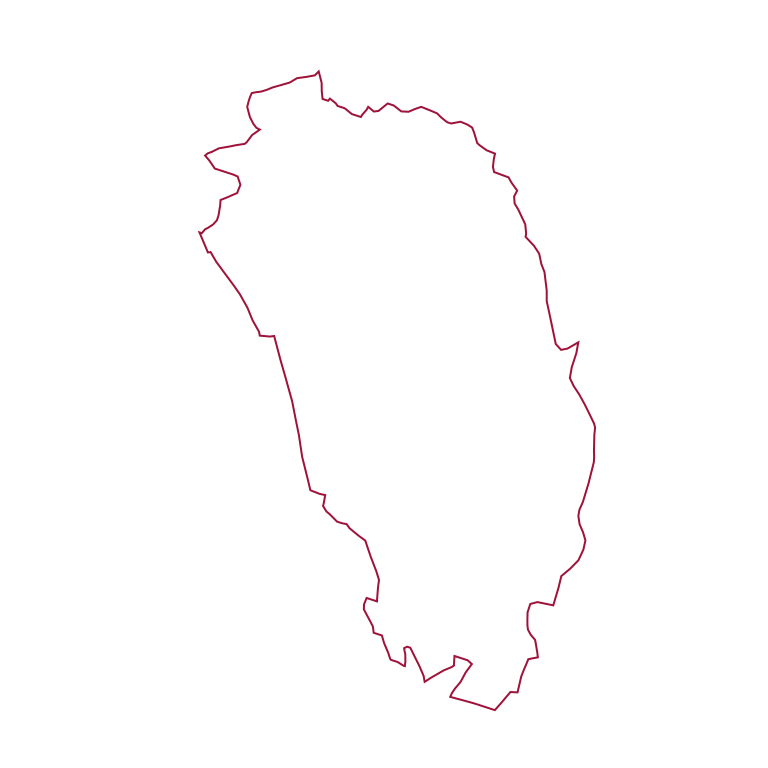 the district of Sharbazher, As-Sulaymaniyah, Iraq, rotated 18°
{"feature_id": "34846034B48461077478738", "entity_name": "Sharbazher", "entity_type": "district", "adm_level": 2, "iso_a3": "IRQ", "parent_name": "Iraq", "parent_adm1": "As-Sulaymaniyah", "projection": "mercator", "projection_center": [45.575, 35.704], "detail": "fine", "context": "isolated", "style": "outline", "palette": "rose", "viewbox_px": 768, "rotation_deg": 18, "n_neighbors": 0, "source": "geoboundaries", "source_scale": "gbopen_adm2", "svg_char_len": 3117}
<svg xmlns="http://www.w3.org/2000/svg" viewBox="0 0 768 768"><g transform="rotate(18 384 384)"><path d="M514.7,654.7L519.5,648.8L529.4,637.8L535.6,632.5L537.5,630.2L535.1,620.9L544.1,620.9L548.9,620.9L554.1,623.2L550.8,633.1L548.9,643.6L545.6,651.8L544.1,657.0L543.7,661.1L555.1,660.5L568.3,659.9L581.2,659.9L590.2,659.9L594.0,651.2L599.4,637.9L606.3,636.0L604.9,619.7L605.4,611.6L605.8,607.5L606.3,601.1L614.8,596.4L612.9,592.3L608.7,584.2L606.8,580.7L601.1,577.2L596.8,573.1L594.9,569.0L593.0,563.2L591.1,556.8L591.1,548.0L597.3,544.0L613.4,542.2L612.9,523.6L612.0,511.9L618.2,502.0L623.4,491.5L624.8,479.8L623.9,470.5L619.1,463.5L613.4,457.0L609.6,449.4L608.7,443.0L609.6,434.8L609.2,415.0L608.9,410.9L608.2,400.4L607.7,393.4L606.3,388.1L604.4,382.9L599.7,367.1L598.2,360.1L595.9,356.6L586.9,347.2L581.2,341.4L573.1,333.8L565.0,327.3L558.9,320.9L557.9,313.5L557.4,310.4L557.4,301.0L557.4,295.2L555.9,284.3L547.7,293.5L541.9,296.8L535.0,292.9L521.1,268.6L513.1,254.8L509.9,244.9L502.0,227.9L496.6,221.3L491.3,212.1L483.9,206.2L473.2,200.3L472.7,197.0L469.0,188.5L457.8,176.6L452.5,172.0L449.8,165.5L450.9,158.9L442.9,153.0L438.6,149.0L423.2,148.4L420.5,143.8L418.9,135.9L418.4,130.6L409.4,130.0L400.9,127.3L398.2,126.0L391.8,116.8L388.6,112.9L383.3,111.5L375.8,110.9L367.3,115.5L363.1,115.5L358.6,113.8L356.2,112.9L350.8,110.2L343.9,109.6L333.8,108.9L328.5,112.9L323.2,117.5L316.2,119.4L307.2,116.1L300.8,116.1L298.2,120.1L294.4,126.0L290.2,128.0L283.3,125.3L282.7,128.6L280.1,134.6L279.5,137.2L276.3,137.2L270.0,137.2L261.4,133.9L254.0,133.9L251.3,131.9L244.4,129.3L243.3,131.9L237.5,131.9L234.3,124.7L231.6,116.8L225.3,106.9L222.9,111.8L215.3,115.9L206.8,120.0L201.1,126.5L186.4,136.4L181.6,140.5L176.4,144.1L172.6,145.8L168.3,148.2L167.9,152.3L167.9,157.5L168.3,162.8L174.0,171.6L179.3,176.9L183.5,179.8L187.3,180.4L181.6,188.0L178.8,196.2L177.4,198.6L169.3,202.7L163.1,206.2L154.1,210.9L148.9,216.1L145.1,219.1L143.2,222.0L148.9,225.5L156.5,231.4L168.3,231.4L175.9,231.4L180.7,231.9L185.4,238.3L185.9,239.0L185.4,245.4L185.4,247.7L180.7,251.8L177.4,254.8L171.7,259.5L173.1,265.3L174.5,274.7L174.5,279.9L172.1,285.2L168.3,289.9L166.0,292.2L164.1,296.9L161.7,296.9L168.8,305.1L175.9,313.3L178.3,312.1L186.8,319.7L210.6,336.7L219.1,343.1L230.5,353.6L239.5,364.2L249.0,372.9L250.9,376.4L260.9,374.1L264.7,372.3L277.9,392.8L289.3,409.7L292.2,414.1L302.1,429.0L311.2,445.4L318.8,458.8L328.7,478.6L334.9,488.5L341.5,499.1L346.8,507.8L356.7,508.4L362.4,507.8L363.4,514.8L363.8,518.9L368.6,523.0L372.8,524.7L381.9,529.4L387.1,529.4L391.8,528.8L395.6,531.7L401.3,534.0L407.5,536.4L414.6,538.7L417.9,543.2L425.0,552.7L434.5,564.4L439.8,571.9L441.2,579.5L444.0,591.1L444.5,592.9L444.0,592.9L438.3,592.9L433.6,592.9L433.2,598.4L433.1,599.9L433.2,600.2L434.5,604.6L445.4,615.1L448.3,618.0L451.1,623.8L459.7,623.8L464.0,630.2L471.1,638.4L474.9,643.6L475.8,644.2L482.9,644.2L489.6,645.9L490.6,645.9L491.0,645.9L490.6,644.1L490.1,641.3L487.7,634.3L486.3,632.0L485.4,630.3L484.8,629.0L485.4,628.4L487.2,626.7L490.5,626.7L504.8,641.3L511.9,649.4L513.8,653.0L514.7,654.7Z" fill="none" stroke="#9f1239" stroke-width="2"/></g></svg>